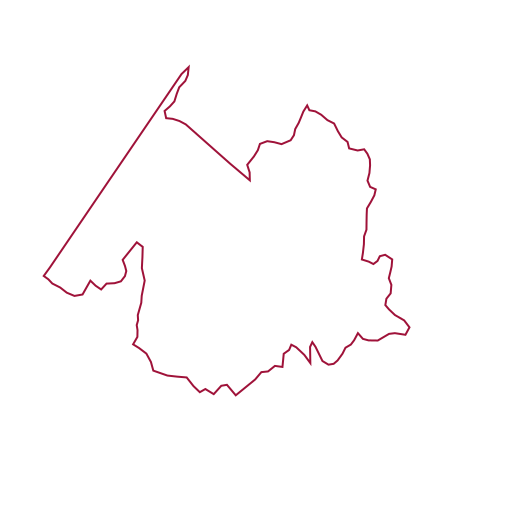 Alto Rio Novo, Espírito Santo, Brazil, rotated 306°
{"feature_id": "56859067B59978415419512", "entity_name": "Alto Rio Novo", "entity_type": "district", "adm_level": 2, "iso_a3": "BRA", "parent_name": "Brazil", "parent_adm1": "Espírito Santo", "projection": "mercator", "projection_center": [-40.981, -19.032], "detail": "fine", "context": "isolated", "style": "outline", "palette": "rose", "viewbox_px": 512, "rotation_deg": 306, "n_neighbors": 0, "source": "geoboundaries", "source_scale": "gbopen_adm2", "svg_char_len": 1978}
<svg xmlns="http://www.w3.org/2000/svg" viewBox="0 0 512 512"><g transform="rotate(306 256 256)"><path d="M119.4,303.0L130.6,304.2L134.7,308.2L131.4,321.5L155.6,327.9L165.2,328.6L169.7,333.6L178.2,335.9L181.8,342.6L188.8,338.5L193.2,335.9L199.5,338.0L205.0,336.7L205.8,342.2L204.4,353.2L201.3,362.9L214.2,353.2L219.4,352.2L217.5,357.5L210.1,371.5L210.7,378.5L214.4,382.2L219.4,383.4L227.8,383.4L234.4,382.3L240.1,384.8L245.5,384.9L253.5,383.8L251.8,391.2L253.9,396.7L259.2,404.2L271.2,409.4L275.2,413.7L280.1,423.2L288.5,422.1L291.0,413.7L289.9,403.1L291.0,394.9L292.3,389.5L298.1,386.6L304.9,386.9L312.2,382.5L316.1,376.5L321.8,374.2L327.2,371.9L333.3,368.2L332.9,359.8L328.6,356.3L323.4,357.2L318.5,355.7L317.7,350.5L315.4,343.7L321.5,340.6L328.9,336.4L335.4,331.9L342.2,329.9L348.4,325.5L354.7,321.1L359.7,317.8L367.5,317.1L374.6,316.1L380.3,313.7L379.0,307.7L382.5,301.9L389.8,299.0L396.4,295.0L401.1,291.3L404.2,286.0L405.9,280.8L401.1,276.2L397.8,268.1L402.1,263.0L402.3,255.6L405.1,248.9L409.1,241.3L407.9,233.9L408.6,225.8L407.9,219.0L405.3,213.5L407.9,208.9L400.7,209.4L394.7,210.9L388.8,212.3L381.8,213.1L376.0,215.7L370.0,216.0L361.5,210.9L358.8,203.9L355.5,197.6L349.0,193.3L342.7,195.3L335.4,195.8L324.6,195.3L319.9,201.7L313.6,206.5L315.5,180.6L321.2,121.8L320.2,114.7L318.0,108.0L314.7,102.3L319.6,96.8L326.4,98.4L333.1,99.1L340.8,96.5L347.4,94.7L356.1,95.9L362.3,94.5L369.2,90.5L359.4,88.8L227.8,92.8L125.7,96.0L115.1,96.0L115.1,101.7L114.0,107.4L115.4,116.1L115.1,124.5L117.0,132.6L122.9,138.3L138.7,136.5L137.7,143.7L137.9,150.4L145.8,151.3L150.9,157.6L156.1,161.6L162.7,161.8L167.6,159.9L170.9,155.9L174.5,150.4L197.0,151.5L196.8,159.0L188.3,164.8L179.1,170.8L170.7,180.4L156.7,186.9L150.7,190.7L138.7,195.1L134.7,198.4L130.0,200.1L126.4,203.7L120.8,207.6L112.3,208.5L112.8,215.5L112.6,224.7L108.5,233.3L102.9,240.3L107.2,254.6L112.1,263.2L117.0,271.3L114.0,281.9L112.8,290.6L118.6,293.2L119.4,303.0Z" fill="none" stroke="#9f1239" stroke-width="2"/></g></svg>